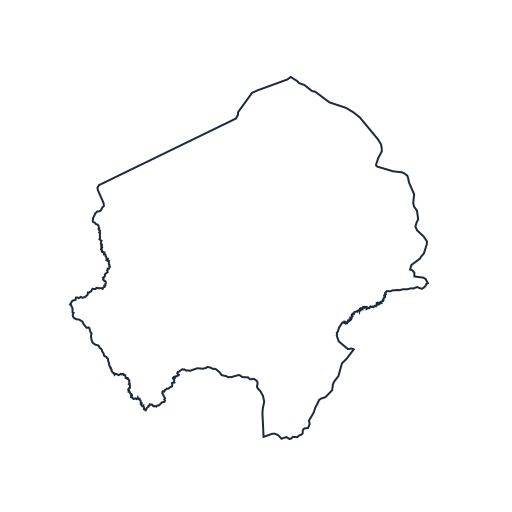 Chipangali, Eastern, Zambia, rotated 288°
{"feature_id": "96606910B61559073197846", "entity_name": "Chipangali", "entity_type": "district", "adm_level": 2, "iso_a3": "ZMB", "parent_name": "Zambia", "parent_adm1": "Eastern", "projection": "albers", "projection_center": [32.482, -13.317], "detail": "fine", "context": "isolated", "style": "outline", "palette": "slate", "viewbox_px": 512, "rotation_deg": 288, "n_neighbors": 0, "source": "geoboundaries", "source_scale": "gbopen_adm2", "svg_char_len": 6048}
<svg xmlns="http://www.w3.org/2000/svg" viewBox="0 0 512 512"><g transform="rotate(288 256 256)"><path d="M433.6,231.3L414.3,206.6L409.9,201.8L387.2,194.5L384.8,195.2L380.6,194.5L275.0,84.9L272.1,84.1L270.0,85.1L259.2,94.7L256.6,95.9L254.7,94.9L251.2,94.3L250.0,93.0L249.2,91.2L246.8,90.0L241.8,89.4L238.7,90.0L238.0,90.6L237.9,92.3L236.9,93.8L236.9,95.7L236.4,96.7L234.1,97.9L233.4,97.9L233.5,98.5L232.1,98.9L231.8,99.9L230.0,99.7L230.1,100.2L229.6,100.7L228.4,100.8L224.4,102.2L223.6,101.9L222.7,104.4L221.5,104.2L219.3,104.9L219.3,105.7L218.6,105.5L218.4,106.1L217.4,106.0L217.4,106.6L216.7,107.0L216.4,106.6L215.5,106.9L215.3,106.4L214.2,106.7L213.8,107.8L212.9,107.9L212.7,108.9L212.2,108.8L212.1,109.8L212.5,110.7L210.6,111.0L211.0,111.9L209.9,113.0L209.3,113.0L209.0,113.7L207.2,114.8L207.6,116.0L205.9,116.2L205.7,115.8L205.3,117.2L205.6,117.7L202.5,118.7L202.0,119.6L200.8,119.8L200.4,120.4L198.2,119.9L198.0,118.9L197.2,119.3L196.4,118.9L194.8,119.9L192.6,118.3L191.8,118.0L190.9,118.5L189.6,118.4L188.2,117.3L187.8,117.9L186.9,117.7L186.6,118.2L186.2,118.1L185.5,119.1L185.4,120.7L183.8,121.6L182.8,121.4L181.5,121.8L181.0,120.9L179.9,121.6L178.8,120.4L177.3,120.3L177.6,118.7L176.7,116.3L176.7,114.9L176.3,114.0L174.9,113.6L174.3,110.6L171.2,110.0L170.3,108.8L169.4,108.4L169.3,107.4L167.0,107.8L163.9,105.9L162.6,103.6L163.0,102.1L161.2,100.6L161.4,99.2L160.8,97.6L158.4,97.9L156.8,95.2L152.5,94.2L152.6,95.2L151.3,95.9L149.7,97.6L145.8,98.9L145.6,100.1L143.5,99.8L141.8,100.7L140.5,102.6L140.7,103.7L140.3,104.8L140.9,107.3L140.0,111.1L137.7,113.5L135.6,116.7L135.4,117.3L136.3,118.8L136.0,119.7L132.5,122.0L131.6,123.5L128.7,123.8L125.3,125.6L123.1,127.4L122.0,130.6L122.2,133.9L120.2,135.8L120.0,137.1L119.0,138.5L117.9,139.0L115.8,141.6L114.5,142.0L114.0,142.8L113.8,144.9L113.0,145.6L112.6,146.9L110.0,148.1L108.6,149.5L107.3,149.8L105.3,151.5L105.0,152.3L104.4,152.2L103.2,153.9L102.4,153.9L100.8,155.7L100.9,156.7L99.4,158.1L100.4,158.5L100.3,159.0L100.7,159.4L100.2,162.2L102.1,163.8L101.8,164.6L102.9,166.1L102.6,166.8L101.9,167.0L102.1,168.6L99.8,169.7L100.1,170.9L99.5,171.1L99.3,171.7L99.9,172.2L98.1,174.2L96.7,174.4L95.9,175.1L94.9,174.7L94.5,175.8L91.7,176.9L91.2,176.2L89.4,175.7L88.5,176.5L87.5,176.8L87.6,177.3L88.2,177.4L86.3,179.0L86.2,180.2L85.3,181.1L84.6,180.3L83.2,180.8L83.5,181.7L82.3,183.2L82.2,183.9L83.3,185.0L83.0,186.6L83.8,187.2L84.8,187.3L83.8,188.1L84.2,189.4L83.4,189.5L82.8,190.9L80.8,191.8L80.7,192.9L80.0,192.9L79.8,192.1L79.4,192.3L78.1,194.1L79.0,195.1L77.9,195.5L77.5,196.3L75.7,196.8L75.9,197.8L75.0,198.5L75.2,198.9L77.7,199.1L79.5,200.2L80.2,200.0L80.8,200.8L82.1,200.8L82.0,201.8L82.5,202.5L82.5,203.4L81.7,204.2L81.4,205.5L82.1,206.0L82.0,207.8L83.4,208.3L83.5,209.2L84.3,210.1L87.8,211.8L89.0,214.0L90.2,214.2L91.2,213.1L92.5,213.5L95.0,210.8L95.7,210.5L96.3,209.5L98.0,208.9L98.8,209.4L98.7,210.6L100.8,210.9L101.4,211.8L102.4,212.3L102.7,213.7L105.0,215.1L105.7,216.3L107.0,216.4L109.1,215.3L110.5,217.5L111.2,216.8L112.5,216.6L114.0,214.8L114.6,214.7L115.8,215.5L115.1,216.6L116.8,216.9L117.1,217.7L118.8,219.3L119.3,219.3L119.4,218.1L120.2,217.3L121.6,217.5L121.9,218.2L125.6,221.0L125.5,222.2L126.0,223.0L125.4,225.1L126.0,226.1L126.5,228.8L131.1,234.9L132.4,240.3L134.1,243.1L135.4,243.9L135.8,246.8L135.3,249.9L135.9,251.1L135.9,253.0L134.1,257.4L132.1,260.2L132.5,265.0L132.1,266.9L133.3,270.1L137.4,276.3L137.6,277.2L136.6,280.4L138.1,286.0L136.9,288.5L138.5,291.9L137.9,294.2L137.0,296.0L134.8,297.1L132.8,297.1L131.8,297.4L130.3,299.0L129.0,301.7L125.2,305.8L120.1,308.8L113.0,309.6L108.5,310.7L86.3,319.1L91.9,326.3L92.4,327.6L92.8,329.0L92.4,332.6L90.1,336.7L93.2,340.9L92.3,344.4L93.0,345.6L95.4,347.0L96.5,351.3L98.5,352.3L99.9,354.2L101.5,355.2L104.3,354.4L106.3,354.8L107.1,355.4L108.4,358.6L112.7,359.0L115.9,357.2L124.4,359.2L130.5,359.3L135.8,360.3L138.4,360.4L140.6,362.0L142.6,365.0L144.4,366.3L151.9,369.9L157.9,368.8L160.6,369.1L167.3,371.5L180.5,370.9L186.4,374.0L197.4,377.8L197.5,375.5L195.9,372.2L200.3,361.2L205.3,357.3L206.6,357.3L207.8,356.6L209.6,357.2L213.6,357.1L219.5,358.8L219.7,360.5L220.9,360.2L221.1,360.8L220.4,362.3L219.6,362.4L220.1,363.2L220.8,362.8L221.5,363.5L221.6,363.2L222.5,363.5L222.8,364.3L223.2,363.9L223.4,364.7L224.0,365.1L224.3,364.9L224.3,365.7L225.1,366.1L225.4,366.1L225.3,365.1L226.0,365.4L226.6,364.8L227.2,366.1L228.1,365.9L228.7,366.4L229.3,365.2L231.0,365.6L231.1,367.1L232.9,366.8L234.3,368.6L234.3,369.4L235.1,369.4L236.3,370.6L235.3,371.4L236.0,371.3L236.3,371.8L236.7,371.4L237.4,372.6L237.5,371.7L238.0,371.3L238.4,372.4L238.8,372.2L239.0,373.5L239.9,373.5L240.1,374.5L240.9,374.1L241.2,375.1L240.8,375.4L241.4,375.6L241.8,377.0L239.8,377.5L241.6,379.4L241.4,379.8L242.7,380.6L242.9,380.2L243.4,380.4L243.3,382.1L243.6,382.8L244.0,382.6L244.2,383.2L243.9,383.6L245.5,384.6L245.2,385.6L246.4,385.9L247.1,385.6L246.7,386.1L247.2,386.5L247.8,386.3L247.7,385.7L248.7,385.3L249.4,386.4L249.2,387.0L248.4,387.0L248.0,387.6L248.9,387.9L248.8,388.3L249.3,388.3L249.5,388.8L249.8,388.6L250.1,389.7L251.0,388.9L252.1,390.3L252.6,390.3L252.7,390.9L253.7,390.8L253.8,390.3L255.3,390.5L256.7,391.4L257.3,391.2L257.0,391.0L257.7,390.1L258.8,390.3L258.9,390.7L260.2,390.4L260.2,390.9L260.9,390.3L263.1,391.3L263.7,394.2L265.8,397.0L266.3,398.8L267.0,399.7L266.9,400.6L267.8,401.9L267.6,402.7L269.8,406.1L271.2,410.4L273.2,413.4L273.6,415.4L276.4,419.0L276.0,421.1L276.1,423.9L277.6,425.3L280.3,426.6L281.9,426.6L283.2,427.9L286.6,424.3L287.1,421.8L285.5,412.9L289.0,411.8L290.7,409.1L290.7,406.7L295.5,406.6L304.4,412.9L306.2,413.1L310.3,414.9L319.8,414.8L322.7,414.1L326.3,409.5L330.1,401.4L333.2,398.5L337.8,398.4L341.0,398.9L348.8,395.1L351.8,391.1L354.8,389.2L363.6,387.3L373.3,378.7L377.0,376.7L379.2,375.0L380.5,371.2L380.7,369.0L378.9,360.2L378.5,343.7L379.1,342.3L380.5,341.9L387.0,342.0L394.5,343.3L397.3,342.3L400.7,340.5L404.4,336.3L419.9,311.9L422.7,304.4L424.7,295.7L424.8,278.4L430.5,261.7L430.2,258.2L433.6,249.2L433.7,243.6L435.1,241.1L437.0,233.7L433.6,231.3Z" fill="none" stroke="#1e293b" stroke-width="2"/></g></svg>